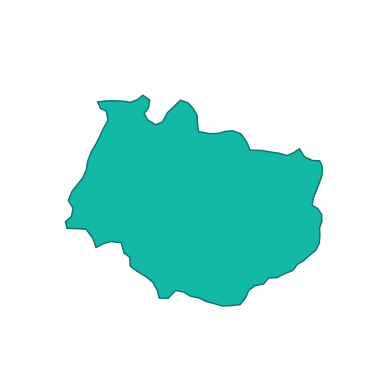 Rochedo de Minas, Minas Gerais, Brazil (orthographic projection), rotated 64°
{"feature_id": "56859067B75904994944192", "entity_name": "Rochedo de Minas", "entity_type": "district", "adm_level": 2, "iso_a3": "BRA", "parent_name": "Brazil", "parent_adm1": "Minas Gerais", "projection": "orthographic", "projection_center": [-43.032, -21.64], "detail": "fine", "context": "isolated", "style": "filled", "palette": "teal", "viewbox_px": 384, "rotation_deg": 64, "n_neighbors": 0, "source": "geoboundaries", "source_scale": "gbopen_adm2", "svg_char_len": 1386}
<svg xmlns="http://www.w3.org/2000/svg" viewBox="0 0 384 384"><g transform="rotate(64 192 192)"><path d="M206.7,277.8L217.2,279.8L223.3,276.5L231.5,280.1L239.3,276.1L247.6,270.6L256.0,266.8L265.2,266.3L273.0,268.0L277.0,260.0L273.3,250.0L278.1,243.4L284.8,239.2L290.3,232.2L296.5,227.3L302.2,220.8L307.6,214.9L310.8,207.9L314.3,198.1L310.2,189.7L305.3,184.2L303.7,176.4L306.1,168.0L302.9,160.8L306.1,153.4L306.1,143.9L306.7,135.9L303.3,129.2L302.6,121.9L300.5,114.3L298.7,106.2L293.7,99.9L286.6,95.9L280.2,93.1L275.4,88.2L268.7,85.3L262.0,86.3L256.7,89.8L250.6,85.6L245.7,80.2L239.6,73.5L233.8,67.6L226.4,63.7L219.9,63.7L216.5,69.9L209.8,75.5L200.2,76.5L201.3,83.8L200.9,90.5L195.7,96.3L190.7,103.6L185.2,111.3L179.7,121.6L171.8,120.9L161.6,122.3L154.8,128.6L152.2,135.4L150.9,142.8L147.4,150.4L140.5,159.7L131.8,156.7L125.3,153.8L117.4,154.4L110.3,156.4L104.4,162.1L107.2,170.5L110.0,179.4L116.0,187.8L115.7,195.1L107.9,200.2L100.5,200.6L97.4,194.4L90.9,189.7L83.5,193.7L85.1,200.4L84.4,208.1L80.1,214.2L75.7,222.3L72.2,230.0L69.7,237.3L76.9,237.6L81.8,233.6L90.5,235.9L96.4,244.3L101.4,250.4L106.6,257.0L111.4,264.4L118.4,272.1L126.0,277.5L131.4,284.1L135.5,292.5L139.0,299.8L145.3,306.8L154.6,306.1L161.0,310.9L163.4,318.9L169.9,320.3L174.2,311.9L179.1,303.5L190.3,301.4L199.8,302.5L199.6,294.1L200.9,286.7L206.7,277.8Z" fill="#14b8a6" stroke="#0f766e" stroke-width="1.5"/></g></svg>